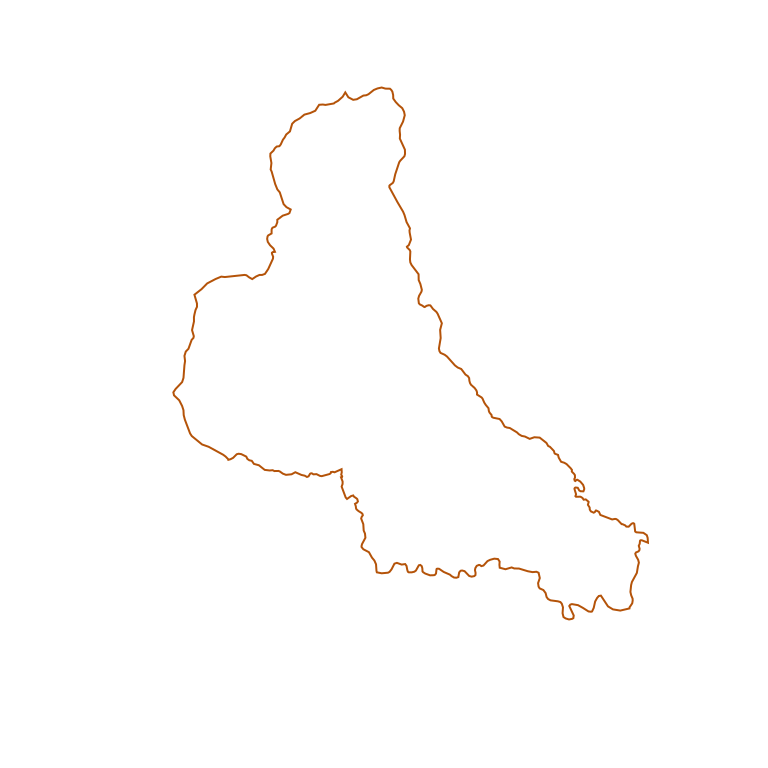 Bongo, Chhukha, Bhutan (Robinson projection), rotated 342°
{"feature_id": "84629894B25129658957997", "entity_name": "Bongo", "entity_type": "district", "adm_level": 2, "iso_a3": "BTN", "parent_name": "Bhutan", "parent_adm1": "Chhukha", "projection": "robinson", "projection_center": [89.655, 26.924], "detail": "fine", "context": "isolated", "style": "outline", "palette": "amber", "viewbox_px": 768, "rotation_deg": 342, "n_neighbors": 0, "source": "geoboundaries", "source_scale": "gbopen_adm2", "svg_char_len": 6162}
<svg xmlns="http://www.w3.org/2000/svg" viewBox="0 0 768 768"><g transform="rotate(342 384 384)"><path d="M231.3,240.5L231.0,249.6L230.0,252.8L227.6,255.4L225.2,259.3L223.9,261.7L222.6,265.8L218.1,273.4L217.9,279.7L217.0,281.3L214.7,282.6L208.9,290.1L205.5,291.9L202.9,295.6L201.9,300.7L200.0,304.5L195.2,316.2L192.6,319.8L184.3,324.3L181.1,326.8L180.8,329.9L184.2,336.2L185.2,342.5L185.2,346.9L183.9,351.7L183.6,356.4L184.3,371.1L185.1,374.1L192.3,385.3L197.8,389.5L209.2,401.6L210.9,404.0L212.5,407.2L212.5,408.0L214.8,408.1L217.7,407.6L222.2,405.3L224.2,405.4L226.6,406.6L230.6,410.5L230.9,413.0L232.3,414.9L234.5,416.2L235.6,419.8L239.9,422.6L244.0,428.8L248.5,430.9L251.5,431.6L252.8,432.9L256.8,434.1L257.9,435.0L260.1,438.0L262.7,440.1L268.2,441.3L272.4,440.5L277.4,445.0L280.3,446.7L282.0,448.6L283.7,448.5L286.0,446.5L287.1,446.4L287.9,446.8L288.9,448.1L292.0,448.9L294.7,451.6L296.3,452.4L304.4,452.8L305.7,452.4L306.3,451.4L308.2,451.7L309.7,452.7L317.3,451.9L316.5,455.0L315.3,457.0L315.7,458.9L315.3,459.5L314.3,459.4L314.5,464.0L313.7,466.3L312.0,468.5L312.5,480.1L313.3,481.9L318.1,480.4L320.3,480.5L320.6,481.8L322.6,484.4L323.0,485.2L322.9,487.6L321.7,488.5L319.4,489.0L319.4,491.6L319.0,493.5L319.1,494.7L320.5,497.0L322.8,499.7L323.4,501.1L323.3,502.3L321.7,503.5L320.7,504.9L321.0,510.9L319.4,517.1L319.7,520.4L318.8,524.5L313.6,529.5L312.5,531.3L312.3,532.2L313.3,534.8L317.7,539.3L318.9,545.4L320.3,548.9L320.7,553.0L319.1,559.4L319.0,560.9L323.3,563.3L329.5,564.7L331.2,564.4L333.9,562.6L338.4,558.1L341.0,558.1L345.0,561.2L348.5,561.8L349.2,564.0L348.7,567.9L348.7,569.9L349.4,570.8L352.2,571.7L354.9,571.9L356.7,571.3L361.1,567.2L362.6,567.3L363.6,568.9L363.5,571.1L362.7,574.2L363.0,575.0L364.6,577.0L368.7,580.2L372.5,581.3L373.6,581.2L374.9,580.3L376.6,576.6L377.0,576.1L378.0,576.2L379.3,576.8L382.7,581.2L387.8,585.7L388.9,587.6L390.8,589.7L392.9,590.6L395.0,590.6L397.3,586.4L399.1,585.3L400.6,585.5L402.8,586.9L405.7,592.9L407.8,594.3L410.5,594.6L411.9,594.0L412.7,592.0L413.0,589.1L414.0,587.3L416.0,585.6L418.4,585.4L419.2,585.8L420.3,587.3L422.5,587.4L427.7,584.4L430.7,584.0L434.9,584.2L438.3,585.7L439.1,588.6L437.9,591.6L437.3,594.5L442.3,597.7L448.7,597.9L450.9,599.7L455.3,601.2L462.9,606.5L467.1,608.8L471.0,609.7L472.7,611.3L472.2,616.7L469.0,621.0L468.4,624.5L468.9,626.5L471.9,629.2L473.1,632.8L472.8,636.8L473.6,639.2L475.5,641.2L482.2,644.4L484.4,645.9L485.2,647.9L485.2,651.7L483.0,657.2L482.7,661.1L484.3,663.1L487.2,665.1L490.3,665.5L491.7,665.2L492.9,662.8L491.6,652.4L493.0,651.4L494.7,651.4L500.2,654.3L504.0,658.4L508.2,663.5L510.6,664.6L511.6,664.6L514.3,661.7L517.6,656.1L520.6,653.3L522.8,652.0L524.9,652.3L528.3,664.7L532.1,669.1L538.7,672.5L548.1,673.3L548.5,672.3L552.3,669.3L553.6,666.8L554.1,665.0L553.8,661.4L554.1,657.9L556.9,651.6L558.6,648.9L566.1,641.8L569.2,635.8L571.2,632.7L571.4,629.7L570.5,625.3L570.5,623.1L571.5,622.1L574.4,621.8L575.6,620.9L576.2,619.6L576.3,616.6L577.8,615.0L579.0,612.3L579.6,611.9L580.9,612.3L586.0,616.5L587.2,611.8L587.2,609.0L584.7,605.7L578.1,603.0L577.3,601.9L578.8,594.2L578.5,593.8L577.9,593.3L576.3,593.4L572.6,595.3L570.4,594.5L569.7,593.0L567.5,591.0L566.7,590.7L564.3,585.7L563.2,584.3L562.1,583.7L559.1,583.3L549.3,575.4L548.9,572.0L546.9,570.0L546.3,569.8L545.0,570.9L543.7,571.2L541.4,569.1L540.9,567.1L541.4,565.0L540.6,561.9L542.2,559.4L542.0,558.9L540.2,556.1L538.1,555.7L537.6,553.8L536.6,552.5L535.8,551.8L531.8,550.6L531.4,549.8L532.6,548.2L532.7,543.0L532.9,542.2L533.6,541.7L534.4,541.7L536.2,542.6L536.8,545.6L537.9,546.8L540.5,547.7L541.8,546.1L542.2,545.0L542.2,541.5L540.5,537.4L538.3,534.8L537.5,534.7L536.0,535.4L535.5,534.9L535.6,533.2L536.7,532.1L537.4,529.7L537.0,528.2L535.7,525.7L535.6,525.1L536.2,523.8L535.5,521.8L532.9,516.6L531.1,514.6L528.4,512.7L527.4,508.0L527.6,505.2L525.1,503.2L524.8,502.6L524.9,500.2L522.4,495.0L521.0,493.7L520.3,490.3L515.5,483.1L510.5,481.1L505.6,481.2L501.8,477.5L498.9,475.9L496.7,473.4L495.5,471.1L490.0,464.7L487.6,463.5L485.6,461.8L484.4,455.9L483.1,453.0L477.6,449.9L476.6,448.9L476.4,448.1L476.7,446.7L475.5,443.7L475.4,442.0L475.9,439.3L474.3,435.3L473.6,432.6L473.2,428.4L472.7,427.0L469.2,422.8L469.9,420.8L469.9,418.7L469.0,415.9L466.5,411.6L466.1,409.7L466.2,407.3L466.8,404.7L466.2,402.5L464.4,400.2L462.1,393.6L459.2,391.1L457.2,388.2L452.4,377.3L450.7,374.9L447.4,371.9L446.9,369.9L447.2,367.2L452.1,357.8L454.1,349.9L457.8,344.1L456.7,333.7L456.1,331.6L453.8,327.8L452.4,323.6L450.9,322.9L448.6,322.8L446.5,323.4L446.0,323.1L444.5,321.1L442.7,319.4L442.1,318.0L443.0,313.4L444.6,311.0L448.2,307.7L449.1,306.1L449.5,300.1L449.1,295.9L450.8,290.3L447.0,279.4L446.6,276.5L447.2,273.5L450.0,266.1L449.9,264.6L448.2,261.3L448.2,260.5L450.5,259.6L454.3,255.0L455.2,247.9L455.7,245.8L456.8,244.0L455.5,237.0L455.7,229.6L455.4,226.0L453.0,215.2L449.9,198.6L450.3,197.2L450.9,196.7L454.5,195.5L455.8,194.3L459.5,188.0L467.0,177.8L468.4,176.7L473.8,173.7L475.1,171.7L476.3,167.6L474.9,155.5L476.3,151.9L477.1,148.1L478.0,145.6L483.2,140.3L486.8,134.8L487.2,131.2L486.6,127.3L484.2,123.5L482.3,119.5L481.0,115.4L482.0,112.0L482.3,108.5L481.8,106.6L480.9,105.0L476.6,103.5L473.4,101.3L469.2,100.9L465.2,101.2L458.8,103.6L456.3,103.9L453.5,103.3L446.2,104.8L442.5,104.2L438.7,100.3L437.3,94.7L433.5,98.0L427.8,100.5L424.1,101.2L423.0,101.7L414.6,100.5L412.2,99.3L408.6,98.4L403.1,102.9L397.5,103.5L391.5,103.2L385.8,105.4L380.5,106.4L377.1,108.1L372.6,114.7L368.1,116.5L365.6,118.9L363.4,120.4L359.8,124.3L358.0,125.5L355.3,125.0L353.0,126.1L351.0,127.9L347.2,129.7L346.2,132.3L345.2,139.1L342.5,145.0L342.8,147.3L342.3,160.2L342.7,166.0L344.1,169.5L344.1,181.9L345.9,185.7L349.2,189.2L346.9,192.2L345.3,192.6L339.7,192.6L333.3,194.8L332.5,197.2L330.2,200.1L329.1,200.7L326.3,200.9L325.4,201.6L324.8,202.5L323.6,206.1L319.8,206.9L318.9,207.6L317.7,209.9L317.4,213.0L318.5,216.8L320.8,221.1L321.1,224.6L319.0,224.2L318.0,224.5L317.7,225.4L317.9,228.7L317.1,230.5L309.4,238.9L304.8,242.5L301.8,242.6L299.3,241.8L295.6,242.2L291.1,243.5L288.7,240.9L286.8,238.1L285.2,237.2L265.7,233.1L262.4,231.6L256.3,232.1L246.9,233.7L239.8,237.4L231.3,240.5Z" fill="none" stroke="#b45309" stroke-width="2"/></g></svg>